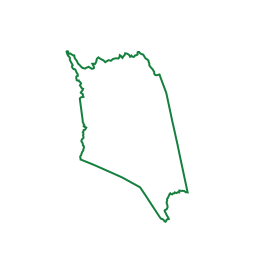 Solonópole, Ceará, Brazil, rotated 144°
{"feature_id": "56859067B36199820479004", "entity_name": "Solonópole", "entity_type": "district", "adm_level": 2, "iso_a3": "BRA", "parent_name": "Brazil", "parent_adm1": "Ceará", "projection": "mercator", "projection_center": [-38.993, -5.778], "detail": "fine", "context": "isolated", "style": "outline", "palette": "green", "viewbox_px": 256, "rotation_deg": 144, "n_neighbors": 0, "source": "geoboundaries", "source_scale": "gbopen_adm2", "svg_char_len": 3050}
<svg xmlns="http://www.w3.org/2000/svg" viewBox="0 0 256 256"><g transform="rotate(144 128 128)"><path d="M110.4,202.5L111.3,202.5L112.3,202.3L113.1,201.9L113.7,201.1L115.8,199.7L117.1,199.2L118.2,200.4L119.1,200.9L119.3,199.2L119.4,198.1L120.2,196.6L121.3,196.6L122.5,197.2L122.9,198.2L123.4,199.3L123.9,200.7L125.0,200.9L126.4,201.3L127.8,201.3L128.5,202.2L129.6,203.4L129.8,204.8L130.0,205.7L130.1,207.0L130.3,208.5L130.6,209.5L130.2,211.3L130.0,212.6L130.0,214.1L130.0,216.0L129.3,217.3L128.8,218.3L129.7,218.9L130.8,222.0L132.3,222.8L131.5,225.1L132.1,225.9L133.0,225.7L133.4,224.1L133.7,223.2L134.0,221.8L133.7,220.5L133.8,218.8L134.7,217.9L135.1,216.6L135.4,214.9L135.6,213.3L135.7,212.3L135.9,211.2L137.1,210.9L137.5,209.8L137.6,208.9L137.4,207.6L136.5,206.9L136.4,205.9L136.6,204.6L137.0,203.2L137.0,201.7L137.3,200.7L137.9,199.7L139.1,200.1L139.9,199.7L140.5,198.8L140.9,197.9L141.4,196.7L140.9,196.0L139.9,195.4L140.1,194.5L139.7,193.1L139.8,191.6L140.7,191.2L141.9,190.7L141.8,189.5L142.0,188.1L142.0,187.2L141.3,186.1L142.6,185.2L144.3,184.8L145.4,184.4L145.3,183.5L144.7,182.1L145.0,181.3L145.6,180.5L145.8,179.4L146.8,179.9L147.9,180.4L149.0,180.4L149.8,180.0L151.3,177.2L160.4,160.4L161.1,159.4L161.2,158.2L161.8,156.9L161.6,156.0L162.8,155.5L162.6,154.5L161.9,153.8L161.5,152.9L162.5,152.4L163.6,151.9L165.1,152.4L166.0,151.4L167.1,151.1L167.1,150.2L167.6,149.3L168.7,148.5L169.1,147.2L170.0,146.1L171.6,145.9L172.7,145.5L173.6,144.5L173.5,143.2L173.9,141.7L174.7,140.4L174.4,139.5L174.8,138.5L175.5,137.8L176.4,137.2L177.4,136.1L178.5,135.8L179.4,135.4L180.7,134.5L181.8,133.6L183.2,133.2L183.9,132.4L184.2,131.3L184.9,130.4L177.5,118.6L162.4,92.5L161.6,91.0L153.1,72.9L153.4,63.7L153.8,55.9L154.6,39.2L154.7,36.7L154.5,34.9L153.8,34.3L153.2,32.8L153.3,31.0L152.7,30.1L151.6,30.5L150.5,31.1L149.3,30.9L148.6,30.4L148.2,31.5L148.1,32.6L148.0,34.0L147.8,35.4L147.5,36.9L147.3,38.5L146.9,39.7L145.8,39.9L145.0,39.5L144.0,39.7L142.7,40.5L142.0,41.5L141.4,42.7L141.1,43.9L140.4,45.3L139.2,46.0L138.5,47.0L137.9,47.8L137.0,47.9L135.7,48.7L134.3,49.4L133.3,50.1L132.3,50.3L132.3,49.4L131.2,48.3L130.1,48.6L129.1,48.0L128.0,48.4L127.6,47.6L126.8,46.8L125.4,46.8L124.4,45.8L123.3,47.2L121.7,45.7L120.6,44.9L119.5,44.0L119.0,42.0L118.1,41.5L117.6,40.9L102.7,74.4L98.5,83.7L97.0,87.1L94.6,92.6L92.4,97.6L87.2,109.7L85.7,113.0L76.4,133.9L73.1,145.8L71.1,152.8L72.2,153.2L73.5,153.7L74.4,154.3L74.9,155.3L74.9,156.3L73.8,158.2L73.7,160.2L73.6,161.1L73.8,162.7L74.0,164.3L73.9,166.2L72.7,167.9L72.5,169.4L71.8,170.5L72.0,171.7L72.5,173.0L72.9,174.0L72.8,175.2L72.7,176.6L72.6,178.5L73.1,179.2L73.9,180.2L74.3,181.7L74.3,183.0L75.5,183.7L76.4,182.9L76.9,181.9L78.2,181.9L79.8,182.6L80.6,182.2L81.7,182.2L82.6,183.2L82.7,184.6L84.4,184.4L84.1,186.4L85.0,188.6L86.4,190.1L88.0,188.9L89.8,188.7L91.3,188.0L91.5,189.2L91.3,190.1L91.8,191.7L93.7,190.1L95.0,189.9L96.9,191.6L99.7,192.7L102.2,192.4L103.9,194.3L105.7,194.5L107.7,194.6L107.9,196.2L108.2,197.4L108.7,198.3L109.8,200.5L110.4,202.5Z" fill="none" stroke="#15803d" stroke-width="2"/></g></svg>